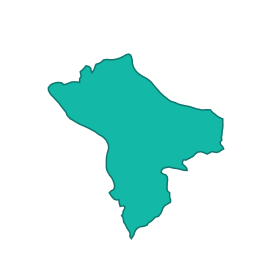 outline of Areado, Minas Gerais, Brazil, rotated 226°
{"feature_id": "56859067B88624480180585", "entity_name": "Areado", "entity_type": "district", "adm_level": 2, "iso_a3": "BRA", "parent_name": "Brazil", "parent_adm1": "Minas Gerais", "projection": "mercator", "projection_center": [-46.146, -21.352], "detail": "fine", "context": "isolated", "style": "filled", "palette": "teal", "viewbox_px": 256, "rotation_deg": 226, "n_neighbors": 0, "source": "geoboundaries", "source_scale": "gbopen_adm2", "svg_char_len": 2680}
<svg xmlns="http://www.w3.org/2000/svg" viewBox="0 0 256 256"><g transform="rotate(226 128 128)"><path d="M179.8,93.1L177.2,92.9L174.8,92.9L172.6,93.6L169.7,94.3L167.6,95.0L165.4,95.5L163.1,96.4L159.8,97.8L156.8,99.0L153.2,100.2L151.1,100.9L148.7,101.7L146.0,102.1L142.9,102.7L140.5,103.5L137.6,103.9L134.5,103.9L131.1,102.8L128.8,101.8L126.7,99.8L125.5,97.9L124.3,95.7L122.8,93.5L121.2,91.4L119.1,89.3L116.7,87.0L114.4,84.8L112.2,83.5L109.5,82.7L107.1,82.0L104.6,81.9L102.1,81.4L99.6,80.4L97.6,79.4L95.5,78.0L93.6,75.2L94.5,71.9L94.4,69.5L91.8,69.0L89.2,68.6L86.5,68.6L84.4,69.7L82.6,71.6L80.0,69.5L77.0,67.9L75.6,70.4L73.5,71.1L72.1,69.1L71.6,66.8L69.9,65.0L69.5,62.6L66.8,62.1L63.2,59.5L60.1,59.0L57.4,58.0L55.2,57.5L52.6,57.1L50.3,56.0L48.8,54.1L46.1,53.5L46.9,57.4L48.2,59.9L49.1,62.1L49.4,64.6L48.8,67.8L46.4,71.0L44.9,74.1L45.6,77.1L44.9,79.7L44.8,82.5L45.0,85.8L43.3,88.4L43.8,92.2L45.0,95.2L46.1,97.4L46.7,100.5L45.8,104.0L45.1,107.0L46.8,108.8L49.0,109.7L50.9,111.5L52.5,113.0L54.8,112.5L57.0,113.7L59.0,115.7L61.1,117.9L63.0,120.2L65.3,122.2L67.9,122.6L70.2,121.4L73.0,120.8L74.4,123.1L74.3,125.8L73.2,127.7L71.5,130.4L68.5,132.2L66.5,133.7L64.1,135.6L60.6,137.7L58.1,139.4L56.4,141.1L58.3,142.2L61.1,142.5L64.0,142.1L65.8,143.6L66.6,145.7L64.7,147.4L63.5,151.4L62.4,155.2L62.7,158.2L62.3,161.3L60.3,164.0L57.4,165.6L54.3,166.8L53.5,169.4L52.7,172.0L50.7,173.4L48.9,174.7L47.7,176.9L47.2,179.7L46.5,182.3L48.9,183.1L51.8,183.2L53.8,184.4L54.2,187.2L56.4,188.6L58.3,191.4L60.3,193.4L61.7,195.5L63.9,198.0L66.4,200.2L68.7,202.5L71.3,201.3L74.4,200.4L76.8,200.2L80.3,199.6L83.9,199.8L86.6,197.2L88.1,195.3L89.7,193.5L91.9,192.2L94.0,190.6L96.2,189.5L98.6,188.2L100.7,187.1L102.8,185.6L104.8,184.2L107.2,182.6L109.8,181.0L112.3,180.0L114.7,178.9L117.1,177.5L120.1,176.7L123.2,176.4L125.6,176.0L128.7,175.8L131.5,175.7L134.4,175.9L137.4,176.0L141.3,176.2L144.4,176.5L146.6,176.5L149.4,176.0L152.3,175.3L154.9,174.4L157.9,173.7L161.1,173.2L164.1,173.3L166.9,173.9L169.3,174.8L171.4,176.0L173.9,178.1L176.5,179.7L178.5,180.5L180.6,179.9L182.0,177.6L182.7,174.5L184.0,170.6L185.6,167.5L187.3,164.9L189.8,162.2L192.1,160.3L194.0,157.5L193.9,154.7L194.5,152.4L196.0,149.3L194.9,146.6L193.7,144.4L192.7,140.6L194.8,141.2L196.8,142.7L199.3,142.6L201.9,141.1L201.6,138.7L201.4,135.7L201.7,132.8L199.7,131.4L197.8,130.5L197.0,127.5L194.5,124.9L196.6,123.1L198.5,121.4L200.4,119.1L201.8,115.4L203.7,111.9L206.5,111.7L209.2,109.5L210.6,107.6L211.7,105.7L212.6,103.3L212.7,100.9L212.2,98.5L210.0,96.8L207.1,96.0L204.5,95.7L202.4,95.8L200.1,95.7L196.9,95.7L193.6,95.6L191.2,95.2L188.6,94.9L185.1,94.6L182.1,94.3L179.8,93.1Z" fill="#14b8a6" stroke="#0f766e" stroke-width="1.5"/></g></svg>